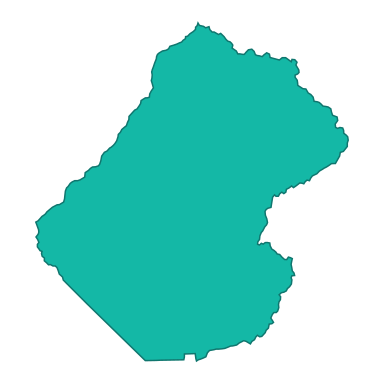 Buriti Bravo, Maranhão, Brazil (Natural Earth projection)
{"feature_id": "56859067B93181490045826", "entity_name": "Buriti Bravo", "entity_type": "district", "adm_level": 2, "iso_a3": "BRA", "parent_name": "Brazil", "parent_adm1": "Maranhão", "projection": "natural_earth1", "projection_center": [-43.798, -5.776], "detail": "fine", "context": "isolated", "style": "filled", "palette": "teal", "viewbox_px": 384, "rotation_deg": 0, "n_neighbors": 0, "source": "geoboundaries", "source_scale": "gbopen_adm2", "svg_char_len": 4027}
<svg xmlns="http://www.w3.org/2000/svg" viewBox="0 0 384 384"><path d="M335.4,163.5L339.6,156.1L340.3,152.4L343.4,151.4L347.3,146.5L347.3,143.0L348.2,140.2L347.7,136.8L346.2,135.1L343.8,133.3L343.6,130.3L342.7,128.0L339.9,127.5L337.7,128.4L335.6,127.4L335.2,124.1L337.7,120.5L337.1,117.0L332.6,115.3L331.5,112.1L330.8,108.8L328.2,107.0L325.9,106.5L323.0,106.1L320.8,103.8L319.1,102.4L317.3,101.8L314.1,101.3L313.1,97.1L310.8,94.5L308.2,93.0L305.9,89.0L302.9,88.7L297.8,85.4L297.6,82.8L297.2,80.2L295.1,77.3L295.1,75.1L297.6,74.0L299.0,72.5L298.8,70.0L295.9,65.0L297.0,62.2L294.8,59.7L292.0,59.4L291.2,61.7L285.7,57.7L282.2,57.7L279.4,60.0L270.1,57.5L269.4,54.1L266.7,52.8L264.0,54.8L262.2,56.6L259.3,55.8L257.1,55.5L255.4,54.7L254.1,51.4L251.8,49.2L248.4,49.8L246.0,52.3L244.3,54.4L242.2,54.3L240.0,53.9L237.8,53.9L236.3,51.0L232.1,48.1L232.8,45.1L231.6,43.3L230.0,41.8L227.7,41.1L226.0,39.4L224.1,36.7L220.7,33.4L218.5,34.5L214.1,32.0L212.2,32.1L209.8,29.6L209.0,26.7L205.6,27.8L203.6,26.4L199.4,25.4L198.0,23.0L197.2,25.6L195.6,27.2L195.5,29.4L193.2,31.6L190.0,33.7L187.5,36.3L185.6,36.6L185.4,38.7L183.1,40.3L181.6,42.1L179.6,42.8L176.8,44.1L173.9,45.1L169.9,46.3L168.6,48.8L166.3,50.2L162.4,51.0L159.1,53.0L157.5,54.4L156.6,56.5L156.3,58.9L154.6,63.2L153.3,67.1L152.4,69.4L151.7,71.9L152.2,74.9L151.9,78.3L151.3,80.6L152.0,82.8L153.4,87.9L151.2,91.1L149.7,94.0L149.4,97.1L147.6,97.8L145.3,97.9L141.1,100.5L140.6,103.5L139.4,105.5L137.0,109.0L134.7,110.1L132.7,112.3L130.8,114.4L129.0,116.4L128.9,119.5L127.5,122.4L126.4,125.7L124.5,127.2L121.8,129.5L120.3,132.4L118.3,134.4L118.0,136.8L116.7,140.8L114.9,143.6L113.4,145.3L111.2,147.2L109.6,148.1L108.3,149.6L106.9,151.1L104.4,152.3L101.7,156.1L100.8,160.9L99.6,164.4L98.3,165.9L95.5,166.8L92.5,167.0L90.4,168.4L88.5,170.4L85.2,172.6L84.7,177.1L80.2,179.8L77.6,180.7L74.7,180.7L72.2,181.9L70.3,183.3L68.1,186.5L66.6,187.9L65.4,191.0L65.0,194.5L64.5,199.0L63.6,202.1L61.2,203.5L59.5,204.6L57.1,204.8L52.5,207.2L48.9,210.2L46.9,211.9L45.4,214.0L43.7,215.3L42.0,216.4L40.0,218.7L38.0,220.9L35.8,222.1L37.1,225.6L38.6,229.8L38.8,232.3L38.1,234.3L36.0,237.0L37.6,239.4L38.9,242.4L37.4,244.4L37.4,246.9L38.9,248.9L40.1,250.7L42.0,251.4L41.5,253.6L42.2,256.3L44.4,258.0L44.3,260.8L46.5,262.7L48.5,264.8L50.5,264.6L53.0,266.0L55.3,266.0L57.0,267.6L58.2,270.6L59.3,274.1L60.9,275.5L62.5,277.0L63.3,280.1L87.1,303.9L145.3,360.6L156.1,360.4L160.3,360.2L183.8,359.8L184.4,356.9L184.4,354.0L195.2,353.6L195.9,358.8L196.5,361.0L198.5,359.7L200.3,359.2L202.9,358.2L205.9,356.8L207.4,352.8L209.5,350.5L214.0,349.7L216.1,349.1L218.9,349.1L222.1,348.8L224.8,348.4L227.9,347.2L230.4,346.1L232.8,345.9L236.7,345.0L239.2,343.0L243.7,340.7L246.0,341.3L250.4,343.9L251.9,341.4L254.5,339.7L255.8,337.0L257.4,335.3L259.7,336.8L261.8,336.4L265.2,332.7L266.1,330.3L268.4,328.1L269.2,324.1L271.9,323.7L273.5,322.4L272.4,320.5L270.8,318.1L272.2,314.8L273.7,312.6L276.2,312.5L277.6,311.2L278.8,307.7L278.5,304.5L279.0,301.8L280.4,299.7L280.6,296.7L279.1,294.8L281.4,292.7L283.9,292.2L286.3,290.9L287.4,288.6L289.6,286.7L291.4,284.0L291.9,279.8L291.1,277.8L291.9,275.8L294.6,275.5L294.0,273.0L292.3,270.9L291.7,267.2L291.1,264.4L291.7,261.3L292.3,258.6L290.5,257.7L288.4,257.1L286.7,259.6L284.6,259.5L282.0,257.2L279.7,254.5L277.2,254.0L275.8,252.0L273.8,250.3L271.8,249.1L270.2,245.9L269.8,243.0L267.1,242.5L265.2,242.6L263.2,244.1L261.3,243.3L259.5,245.0L257.6,244.3L257.8,241.8L259.5,239.5L259.9,235.8L261.3,232.5L262.7,230.9L264.8,226.8L266.6,224.8L267.5,222.5L266.8,218.8L265.4,215.3L265.0,211.5L266.1,209.5L268.0,208.2L271.0,207.4L271.6,203.5L272.1,200.4L272.6,197.2L274.5,194.9L276.0,196.3L278.4,196.2L279.8,193.6L281.8,192.2L283.8,193.6L285.8,192.2L286.4,189.3L289.1,187.9L291.6,186.0L293.5,187.6L296.0,185.9L297.7,184.6L299.7,183.0L302.0,183.2L303.8,183.8L305.2,181.7L307.0,180.1L309.5,180.7L310.7,178.1L312.4,175.9L314.6,174.8L316.8,173.8L319.5,171.0L322.6,169.2L324.2,168.1L325.9,167.3L327.6,166.3L329.4,165.1L331.5,163.6L335.4,163.5Z" fill="#14b8a6" stroke="#0f766e" stroke-width="1.5"/></svg>